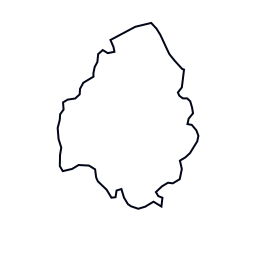 the district of Gochang-gun, North Jeolla, South Korea, rotated 329°
{"feature_id": "91817680B73468302874709", "entity_name": "Gochang-gun", "entity_type": "district", "adm_level": 2, "iso_a3": "KOR", "parent_name": "South Korea", "parent_adm1": "North Jeolla", "projection": "equal_earth", "projection_center": [126.618, 35.434], "detail": "fine", "context": "isolated", "style": "outline", "palette": "ink", "viewbox_px": 256, "rotation_deg": 329, "n_neighbors": 0, "source": "geoboundaries", "source_scale": "gbopen_adm2", "svg_char_len": 1081}
<svg xmlns="http://www.w3.org/2000/svg" viewBox="0 0 256 256"><g transform="rotate(329 128 128)"><path d="M186.4,45.0L158.3,43.5L157.3,51.1L155.6,55.7L149.2,53.4L146.5,48.2L140.5,49.3L135.7,55.7L130.8,58.6L126.5,63.3L124.9,66.2L116.3,66.2L113.0,66.2L107.1,69.7L103.9,74.3L97.9,75.5L90.9,72.6L85.5,72.6L82.3,79.0L76.9,81.3L73.6,86.0L67.7,91.8L62.8,101.7L60.7,110.4L55.8,116.2L49.9,125.6L49.9,131.4L59.0,134.3L66.6,134.3L75.2,140.1L78.5,146.5L75.2,154.1L74.7,158.2L77.9,169.9L77.9,179.2L81.7,180.9L86.0,175.7L90.9,176.9L88.7,185.6L88.7,193.2L90.3,196.7L95.2,202.5L102.2,204.3L111.9,204.3L116.2,212.5L121.6,205.5L118.9,202.0L118.9,197.3L127.1,195.5L134.1,195.5L137.9,198.5L145.4,198.5L146.0,198.5L153.0,190.9L155.7,182.7L162.2,182.7L168.1,181.5L180.5,175.1L184.3,171.0L185.4,165.2L184.3,158.2L181.0,155.3L184.8,151.2L191.3,148.9L193.4,143.6L195.1,137.2L194.0,133.1L190.2,130.8L188.6,126.7L189.1,123.2L195.1,120.9L206.1,106.8L204.8,105.2L202.6,94.1L201.5,86.0L202.0,80.7L203.7,65.0L203.6,57.5L202.0,49.9L196.6,48.2L186.4,45.0Z" fill="none" stroke="#020617" stroke-width="2"/></g></svg>